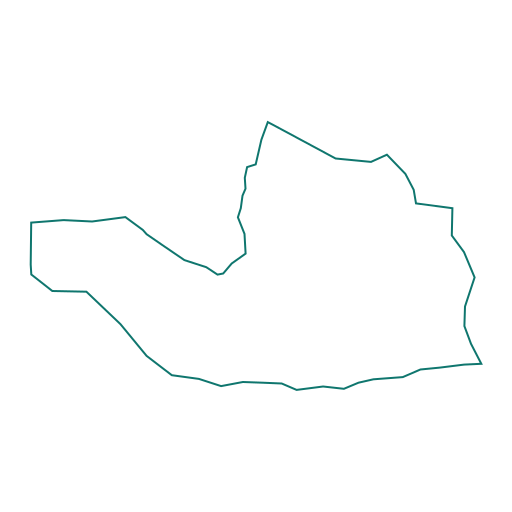 outline of Dagana, Hadjer-Lamis, Chad
{"feature_id": "50815135B82618270305421", "entity_name": "Dagana", "entity_type": "district", "adm_level": 2, "iso_a3": "TCD", "parent_name": "Chad", "parent_adm1": "Hadjer-Lamis", "projection": "robinson", "projection_center": [15.574, 12.905], "detail": "fine", "context": "isolated", "style": "outline", "palette": "teal", "viewbox_px": 512, "rotation_deg": 0, "n_neighbors": 0, "source": "geoboundaries", "source_scale": "gbopen_adm2", "svg_char_len": 852}
<svg xmlns="http://www.w3.org/2000/svg" viewBox="0 0 512 512"><path d="M386.9,154.7L371.0,161.9L335.6,158.5L273.5,125.1L267.8,122.1L265.7,127.9L261.4,139.7L255.7,164.4L247.1,167.1L244.8,177.8L245.5,188.7L242.5,195.7L240.8,208.2L237.9,217.3L244.5,233.9L245.6,253.6L231.7,263.5L223.2,273.5L217.5,274.6L206.3,267.2L184.4,260.1L162.4,245.1L146.6,234.2L142.9,230.0L125.4,217.1L92.1,221.5L63.6,220.1L31.2,222.6L30.7,264.6L31.3,274.5L52.3,291.0L86.4,291.7L120.5,324.2L146.6,355.9L171.8,375.2L198.9,378.9L221.1,386.1L242.9,382.0L262.5,382.7L281.7,383.5L296.6,389.9L323.1,386.5L343.9,388.8L358.5,382.7L373.4,379.3L402.8,377.1L420.4,369.5L439.9,367.6L464.1,364.6L481.3,363.8L471.0,343.8L464.4,326.1L465.0,306.5L474.6,277.4L464.0,252.1L451.8,235.5L452.4,208.2L416.0,203.4L413.7,189.8L405.4,173.9L386.9,154.7Z" fill="none" stroke="#0f766e" stroke-width="2"/></svg>